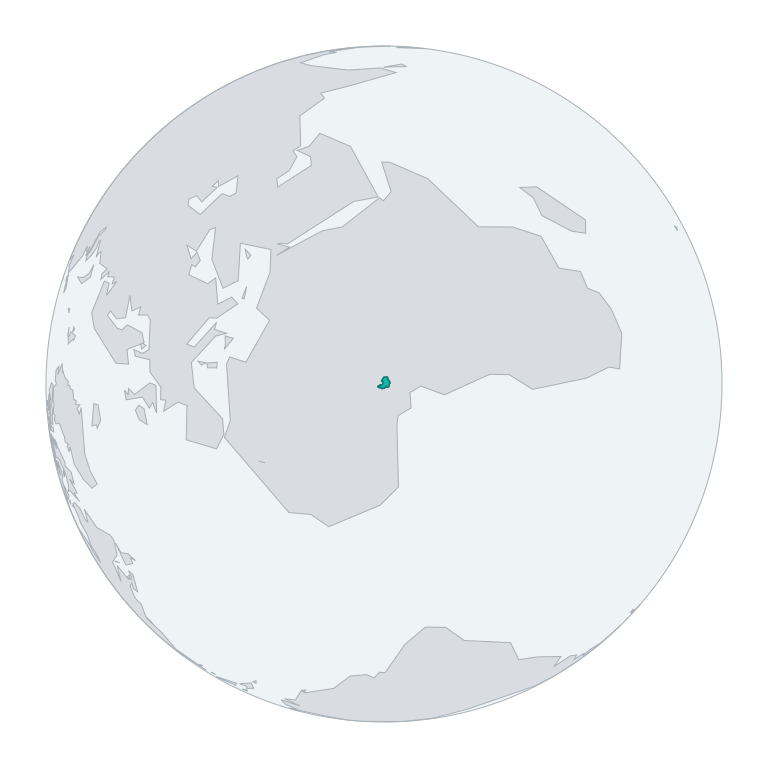 Plateau highlighted on a globe, orthographic projection, rotated 277°
{"feature_id": "NGA-2866", "entity_name": "Plateau", "entity_type": "State", "adm_level": 1, "iso_a3": "NGA", "parent_name": "Nigeria", "parent_adm1": "", "projection": "orthographic", "projection_center": [9.38, 9.346], "detail": "fine", "context": "on_globe", "style": "filled", "palette": "teal", "viewbox_px": 768, "rotation_deg": 277, "n_neighbors": 0, "source": "natural_earth", "source_scale": "10m", "svg_char_len": 9810}
<svg xmlns="http://www.w3.org/2000/svg" viewBox="0 0 768 768"><g transform="rotate(277 384 384)"><circle cx="384" cy="384" r="338" fill="#eef3f6" stroke="#a8b0b8"/><path d="M269.7,66.0L263.9,68.2L266.0,67.7L258.3,70.7L266.7,68.0L273.3,65.4L279.2,63.6L281.1,63.4L271.6,66.8L269.2,67.4L267.4,68.4L261.9,70.3L265.7,69.3L253.9,74.1L268.2,69.3L261.1,73.2L252.6,76.5L250.1,76.1L224.3,86.4L214.9,91.5L204.2,98.0L191.0,109.5L182.0,115.9L172.3,124.5L178.7,120.4L188.6,112.4L198.1,108.0L209.1,99.8L214.6,97.2L227.2,89.8L228.8,91.4L223.5,97.3L213.1,103.9L210.5,107.1L223.3,101.8L206.7,116.3L200.6,130.6L196.0,134.9L181.7,140.0L174.4,136.3L156.0,147.1L171.4,141.1L159.5,153.7L159.0,156.7L161.7,157.1L167.6,153.0L164.3,158.0L147.7,164.8L150.5,160.2L155.7,157.8L152.2,156.7L141.0,163.2L135.8,170.0L124.3,175.7L120.4,181.0L115.8,185.9L122.7,176.7L110.1,193.9L95.7,209.5L78.3,242.2L91.6,215.0L93.8,210.9L107.8,189.2L123.5,168.7L140.7,149.5L159.3,131.6L179.3,115.1L200.4,100.3L222.6,87.1L245.8,75.6L269.7,66.0ZM50.4,330.3L50.9,329.3L50.6,337.5L54.0,325.3L58.0,320.4L54.3,339.8L59.4,323.7L59.6,334.5L69.6,339.3L67.9,343.3L75.7,371.0L90.1,386.3L93.4,401.9L91.1,410.1L97.4,414.5L97.6,420.3L127.9,436.4L147.7,454.6L150.0,474.8L139.2,495.1L142.7,541.1L126.8,551.4L131.8,569.3L135.1,592.8L124.3,587.2L136.8,601.9L138.5,608.2L134.0,606.5L141.4,615.6L138.5,614.1L146.2,621.5L153.7,630.9L165.8,641.6L174.1,648.8L153.2,630.8L133.8,611.2L116.1,590.0L102.4,570.1L71.3,506.1L65.6,491.8L58.1,472.6L51.2,442.9L46.7,404.1L46.5,400.3L46.3,395.5L46.1,387.2L47.5,364.9L49.9,338.1L50.2,333.2L48.8,341.8L49.3,337.4L50.4,330.3ZM178.2,652.0L182.5,655.2L182.3,655.1L178.2,652.0ZM71.5,255.4L73.2,253.2L69.0,274.2L66.6,273.3L67.9,270.9L70.0,263.0L72.2,254.6L71.4,255.6L71.5,255.4ZM82.2,237.2L82.5,235.1L82.8,235.8L82.2,237.2ZM225.4,89.7L226.2,89.8L223.5,91.0L225.4,89.7ZM230.1,86.6L226.3,88.1L228.0,86.9L230.3,86.0L230.1,86.6ZM234.4,85.2L231.4,84.6L234.4,82.7L245.7,77.9L234.4,85.2ZM274.6,64.8L267.6,67.4L271.7,65.5L274.6,64.8ZM302.3,56.1L297.7,57.3L289.7,59.5L297.1,57.6L275.8,64.1L277.5,63.3L302.3,56.1ZM281.8,62.7L281.7,62.4L291.4,59.4L293.5,59.4L289.7,60.3L281.8,62.7ZM288.4,61.0L294.3,59.7L291.4,61.1L282.7,62.8L288.4,61.0ZM293.1,58.7L297.8,57.4L295.8,58.1L293.1,58.7ZM284.5,66.7L284.1,65.7L289.1,63.9L284.5,66.7ZM296.7,59.1L297.7,58.7L299.6,58.1L302.8,57.6L296.7,59.1ZM309.5,54.4L310.0,54.4L315.2,53.2L319.1,52.5L309.5,54.7L315.2,53.5L316.5,53.3L307.3,55.4L309.5,54.4ZM311.9,55.5L301.0,59.0L300.6,60.8L296.1,62.2L297.5,59.2L311.9,55.5ZM310.0,55.2L310.1,55.6L304.5,56.9L300.8,57.4L310.0,55.2ZM324.0,51.4L325.2,51.5L321.8,51.9L322.0,51.8L324.0,51.4ZM312.9,55.7L315.5,54.9L313.5,55.6L312.9,55.7ZM322.7,52.3L321.1,52.3L323.7,51.8L322.7,52.3ZM322.0,53.6L318.5,54.5L315.9,54.7L322.0,53.6ZM323.2,52.7L327.1,52.1L317.1,54.2L322.1,52.8L323.2,52.7ZM325.3,51.8L326.4,51.5L325.6,51.9L325.3,51.8ZM333.7,52.7L321.7,55.4L316.1,55.6L328.5,52.9L333.7,52.7ZM185.7,657.6L195.9,664.6L196.9,665.4L185.7,657.6ZM187.1,657.5L187.3,656.4L190.4,658.4L190.9,659.6L187.1,657.5ZM713.7,310.1L712.7,306.0L717.5,330.6L718.7,337.5L720.2,349.6L719.7,345.8L718.7,339.8L715.2,318.4L707.0,288.9L707.4,296.7L703.7,284.4L692.6,262.0L691.1,272.8L691.2,309.9L697.3,342.1L694.6,358.0L676.4,315.1L665.0,285.6L660.4,290.0L639.9,267.8L610.3,272.3L604.3,265.1L599.1,269.9L584.4,264.1L574.7,252.5L566.6,254.6L592.2,285.3L600.7,283.4L605.3,269.3L611.0,280.9L625.0,289.8L615.8,321.7L568.9,355.4L561.5,331.7L511.2,271.0L511.1,263.7L510.8,262.9L510.0,261.5L508.3,273.5L498.7,261.8L528.6,304.2L534.8,323.4L568.3,356.9L565.8,361.1L575.7,367.7L604.0,354.6L604.8,362.7L593.1,402.4L551.5,458.6L555.5,492.4L549.8,521.8L520.4,543.5L519.6,565.3L503.9,574.2L500.6,586.5L486.1,600.4L463.2,613.9L427.7,616.0L428.2,605.2L414.6,584.5L396.8,532.2L408.5,507.1L406.5,487.8L380.6,445.3L386.4,420.9L378.8,410.9L363.5,413.8L354.4,401.9L344.9,401.8L283.5,410.9L263.3,395.0L235.6,346.5L245.6,327.4L244.8,305.3L311.6,232.1L328.7,235.9L384.6,225.3L392.1,227.7L388.7,244.2L433.2,262.7L443.8,248.2L481.0,257.3L503.7,255.3L506.2,224.3L468.9,226.7L459.4,212.6L486.6,198.0L518.7,197.7L516.0,192.3L493.1,181.6L497.8,171.4L484.9,177.3L492.1,182.3L484.2,186.6L477.1,182.4L479.0,178.6L468.6,176.9L462.1,196.8L468.8,204.0L443.1,209.3L451.7,222.3L445.7,229.1L428.9,209.8L428.5,202.4L399.5,183.4L397.6,191.3L424.8,210.3L417.5,209.1L415.2,221.7L411.2,211.2L381.9,190.1L357.0,196.1L329.8,228.0L314.3,231.2L299.2,225.6L304.5,194.5L338.6,191.1L340.9,181.6L330.1,168.7L341.4,169.3L341.2,164.2L353.7,162.9L367.5,150.2L379.6,148.5L381.3,133.8L387.8,131.4L384.9,140.4L389.4,146.5L419.1,144.2L423.7,140.9L422.5,132.0L430.8,133.2L425.8,124.9L441.0,121.0L418.2,119.4L416.1,110.6L423.2,103.7L418.5,101.0L406.8,112.4L405.8,117.5L411.5,122.0L405.3,137.6L395.9,140.8L386.9,124.7L372.6,128.0L371.9,115.4L403.9,89.7L419.1,85.1L452.0,93.9L450.6,98.9L438.1,97.8L453.1,106.1L450.2,101.9L457.2,103.4L456.9,96.7L461.8,97.6L453.2,90.2L459.1,90.6L464.5,95.2L469.2,87.2L480.6,87.1L479.3,85.1L474.7,82.8L492.2,85.2L490.5,83.6L484.1,82.1L476.5,78.3L469.8,72.9L476.3,74.0L479.5,76.1L496.0,82.7L503.7,89.0L505.7,89.0L500.5,83.9L480.4,75.6L474.6,72.2L484.5,75.4L480.4,73.9L479.6,72.6L484.7,72.6L474.0,69.0L455.7,57.2L463.9,57.3L474.7,60.6L468.7,57.0L474.5,58.4L497.6,65.8L520.2,74.8L542.1,85.3L563.2,97.5L583.3,111.1L602.4,126.1L620.4,142.5L637.1,160.1L652.6,178.9L666.6,198.7L679.2,219.5L690.3,241.2L699.7,263.6L707.6,286.6L713.7,310.1ZM292.3,268.9L291.3,275.4L292.3,268.9ZM555.5,214.0L572.8,213.6L560.0,195.9L565.6,194.6L559.2,189.5L559.0,194.7L542.6,180.9L548.2,175.1L543.6,167.9L537.5,167.8L529.8,180.9L553.2,200.1L551.4,208.0L555.5,214.0ZM70.0,339.2L70.8,343.7L68.8,342.9L70.0,339.2ZM63.7,280.6L64.0,282.1L63.4,285.6L62.6,285.7L63.7,280.6ZM72.5,290.3L74.0,293.2L71.3,293.4L72.5,290.3ZM69.0,277.1L71.1,288.7L66.1,291.6L65.1,284.7L67.2,284.8L69.0,277.1ZM76.9,247.3L76.6,249.3L75.0,252.4L76.9,247.3ZM82.4,237.9L82.2,237.9L83.4,234.8L82.4,237.9ZM160.5,153.3L161.7,152.9L163.3,154.4L160.3,155.9L160.5,153.3ZM184.3,150.6L178.4,158.9L180.5,153.6L175.1,156.6L172.8,149.9L193.5,136.8L184.5,143.6L184.3,150.6ZM175.5,138.7L174.6,143.5L174.8,138.9L175.5,138.7ZM327.7,140.4L333.1,143.1L330.1,148.9L314.8,153.9L318.9,145.2L327.7,140.4ZM341.6,145.8L336.9,130.0L346.3,127.2L341.8,131.3L348.5,131.0L343.1,137.6L356.6,151.5L354.8,157.8L327.4,161.9L337.3,156.7L331.4,154.0L341.6,145.8ZM308.5,103.6L306.6,99.2L329.3,98.4L328.5,102.7L313.1,107.2L305.1,104.8L308.5,103.6ZM255.0,78.1L252.8,78.2L255.4,77.0L259.4,75.9L255.0,78.1ZM283.9,66.4L267.3,76.9L264.0,77.4L258.3,84.3L247.2,88.5L251.3,83.6L238.5,92.6L237.7,89.9L230.0,96.2L240.2,85.0L239.0,83.7L244.6,83.3L254.8,79.4L258.8,77.3L269.4,70.9L271.8,67.3L282.3,63.7L289.1,62.1L290.1,62.4L283.0,64.5L289.5,63.4L279.9,66.7L283.9,66.4ZM362.5,59.3L353.7,59.2L365.2,62.1L355.7,63.6L357.6,63.9L352.0,66.3L348.4,70.1L343.7,70.5L344.4,71.8L340.7,73.9L340.0,76.0L331.2,77.8L329.7,80.8L326.4,80.1L326.1,84.9L322.4,82.3L317.2,85.3L323.6,86.3L277.8,95.6L261.5,103.2L249.9,111.5L245.0,107.1L252.7,97.1L266.9,86.2L283.3,80.2L278.1,79.8L284.4,77.0L285.9,78.5L287.4,74.8L293.0,73.0L305.7,66.3L304.4,63.2L309.0,61.1L312.3,61.5L314.6,59.2L323.9,58.9L327.4,57.6L340.1,56.4L344.4,58.8L348.0,57.2L357.8,56.9L362.5,59.3ZM337.2,52.4L344.6,53.8L343.0,55.6L321.5,57.0L317.1,58.2L303.3,60.2L305.9,57.8L309.6,57.4L313.8,56.4L311.3,57.5L316.4,56.0L321.7,55.5L327.1,54.4L328.0,55.0L337.2,52.4ZM398.8,221.2L404.2,221.7L412.4,220.5L411.0,228.9L398.8,221.2ZM378.6,206.9L383.2,205.6L385.3,215.9L379.6,215.9L378.6,206.9ZM384.0,196.7L383.3,204.8L380.4,200.4L384.0,196.7ZM389.1,139.1L393.8,137.8L395.0,139.8L393.2,143.1L389.1,139.1ZM394.4,71.8L389.6,70.6L390.6,69.8L385.1,65.8L391.7,65.0L397.6,67.0L394.4,71.8ZM500.9,229.9L495.4,236.2L491.5,233.6L494.1,231.9L500.9,229.9ZM451.9,232.6L463.9,235.8L451.4,234.9L451.9,232.6ZM400.7,70.2L397.6,68.5L402.8,69.2L400.7,70.2ZM396.3,64.2L402.1,64.6L391.9,64.5L396.3,64.2ZM576.6,652.6L574.9,655.6L571.8,656.6L576.6,652.6ZM598.3,511.5L571.4,564.0L558.2,565.8L558.6,551.4L570.4,520.2L586.8,509.7L595.6,494.8L598.3,511.5ZM721.9,384.3L719.5,356.1L720.3,355.3L721.3,364.4L721.9,384.3ZM698.4,344.9L703.8,363.0L701.7,367.1L698.4,344.9ZM452.8,66.9L453.1,72.7L457.7,77.8L467.1,81.4L453.9,79.4L446.8,71.6L452.8,66.9ZM454.7,57.9L446.4,55.8L449.8,55.9L452.1,56.4L454.7,57.9ZM449.9,57.3L440.1,56.6L435.3,54.9L443.9,55.7L449.9,57.3ZM420.6,61.5L420.3,63.1L416.1,62.4L420.6,61.5ZM450.5,52.7L452.1,53.0L448.5,52.3L446.6,51.9L450.5,52.7Z" fill="#d9dde1" stroke="#a8b0b8" stroke-width="1"/><path d="M390.9,383.1L391.0,383.4L391.0,383.7L391.0,384.1L391.1,384.5L391.2,384.9L391.4,385.4L391.4,385.6L391.3,385.8L391.4,386.1L391.4,386.4L391.2,386.7L390.3,387.2L388.9,387.5L388.7,387.9L388.5,388.1L388.2,388.4L388.1,388.6L387.7,388.8L387.3,389.1L386.9,389.4L386.6,389.7L386.1,389.9L385.7,389.9L385.4,389.9L385.2,389.6L384.8,389.4L384.2,389.1L383.8,389.1L383.4,389.2L382.9,389.3L382.3,389.3L382.0,389.2L381.5,388.9L381.4,388.7L381.4,388.4L381.4,388.1L381.2,387.9L381.1,387.6L381.2,387.4L381.4,387.2L381.5,387.0L381.7,386.9L381.9,386.8L382.1,386.5L382.2,386.3L382.2,386.1L381.9,385.9L381.7,386.0L381.2,386.0L380.8,385.9L380.5,385.6L380.4,385.2L380.1,385.0L379.8,384.8L379.9,384.5L380.0,384.1L379.7,383.8L379.5,383.5L379.2,383.2L379.2,382.3L379.4,382.2L379.6,381.7L379.6,381.3L379.6,380.8L379.9,380.0L379.7,379.6L379.8,379.1L380.1,378.8L380.3,378.7L380.5,378.5L380.5,378.3L380.5,378.2L380.9,378.1L381.2,378.2L381.4,378.5L381.5,378.8L381.6,379.1L381.6,380.0L381.8,380.2L382.5,380.0L382.8,380.2L382.9,380.6L383.0,381.1L382.9,381.2L382.8,381.4L382.7,381.6L382.9,381.9L383.1,382.0L383.3,382.3L383.5,382.6L383.9,382.7L384.7,382.9L385.6,382.8L385.9,382.8L386.1,382.7L386.2,382.3L386.4,382.2L386.8,382.1L386.8,381.9L386.7,381.7L386.5,381.3L386.6,381.2L386.9,381.1L389.7,382.4L390.7,383.0L390.9,383.1Z" fill="#14b8a6" stroke="#0f766e" stroke-width="1.5"/></g></svg>